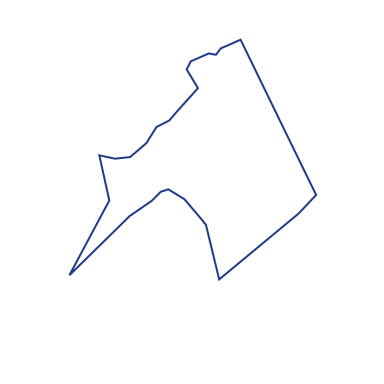 Tari/Pori District, Southern Highlands, Papua New Guinea, rotated 43°
{"feature_id": "67681753B42536665224623", "entity_name": "Tari/Pori District", "entity_type": "district", "adm_level": 2, "iso_a3": "PNG", "parent_name": "Papua New Guinea", "parent_adm1": "Southern Highlands", "projection": "natural_earth1", "projection_center": [142.92, -5.861], "detail": "fine", "context": "isolated", "style": "outline", "palette": "blue", "viewbox_px": 384, "rotation_deg": 43, "n_neighbors": 0, "source": "geoboundaries", "source_scale": "gbopen_adm2", "svg_char_len": 541}
<svg xmlns="http://www.w3.org/2000/svg" viewBox="0 0 384 384"><g transform="rotate(43 192 192)"><path d="M223.6,86.0L123.7,47.5L115.1,67.3L115.9,75.3L109.8,79.2L102.0,97.3L104.5,106.0L125.5,112.0L126.2,145.9L126.6,155.3L121.7,168.6L125.3,187.5L122.9,208.7L112.9,220.2L99.2,228.4L137.3,254.6L159.1,336.5L162.6,257.4L162.6,256.6L162.8,252.2L168.6,225.7L169.0,213.1L172.9,206.2L191.5,202.4L221.0,205.9L222.1,206.4L224.3,206.3L271.5,237.4L284.7,134.8L284.7,127.0L284.8,109.5L223.6,86.0Z" fill="none" stroke="#1e3a8a" stroke-width="2"/></g></svg>